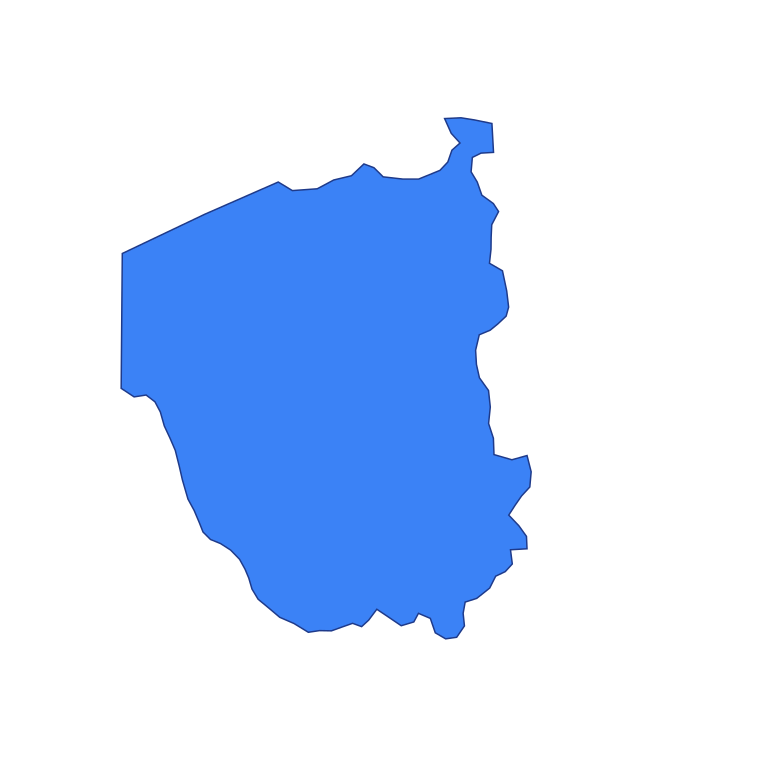 Pinhão, Sergipe, Brazil (Albers equal-area conic projection), rotated 237°
{"feature_id": "56859067B90079031840877", "entity_name": "Pinhão", "entity_type": "district", "adm_level": 2, "iso_a3": "BRA", "parent_name": "Brazil", "parent_adm1": "Sergipe", "projection": "albers", "projection_center": [-37.772, -10.576], "detail": "fine", "context": "isolated", "style": "filled", "palette": "blue", "viewbox_px": 768, "rotation_deg": 237, "n_neighbors": 0, "source": "geoboundaries", "source_scale": "gbopen_adm2", "svg_char_len": 1479}
<svg xmlns="http://www.w3.org/2000/svg" viewBox="0 0 768 768"><g transform="rotate(237 384 384)"><path d="M217.0,185.3L212.3,195.6L205.6,205.5L203.0,216.6L200.4,227.3L192.7,233.1L194.3,242.5L199.0,255.3L188.5,259.8L171.9,266.8L168.2,279.4L172.9,288.0L162.2,295.2L147.4,291.5L136.7,296.9L132.0,307.0L137.3,319.7L148.6,325.5L156.9,333.3L153.7,345.0L155.3,361.5L162.0,373.0L160.6,383.5L163.2,393.6L176.1,399.8L167.9,414.2L178.6,420.5L191.7,419.9L206.1,417.2L210.9,427.9L215.2,438.4L218.2,450.2L230.2,459.6L246.1,465.0L250.8,450.0L264.9,437.8L278.9,446.2L293.9,450.2L306.8,460.6L321.6,468.1L337.2,467.4L350.1,472.2L362.4,479.2L373.4,490.7L371.3,502.4L372.4,512.3L374.4,523.4L380.6,530.4L395.2,537.6L414.4,545.0L427.8,538.2L438.7,547.1L448.6,553.7L458.9,561.1L466.2,574.0L475.7,574.0L489.1,568.9L502.6,572.2L514.5,572.6L525.9,581.5L524.8,591.1L518.6,602.0L543.7,616.4L556.2,603.7L565.3,593.6L573.6,579.4L557.6,576.9L544.7,579.0L543.1,568.3L535.4,558.4L532.7,547.3L537.0,524.7L545.7,511.3L558.2,496.1L570.8,493.4L579.5,487.0L576.4,470.1L582.5,452.9L584.1,434.3L596.1,412.5L611.0,405.3L624.0,326.1L636.0,235.6L523.5,161.2L509.3,167.4L504.3,178.5L493.8,182.2L482.4,181.2L468.5,176.9L454.9,175.0L442.0,172.8L426.8,167.6L413.4,162.7L394.2,156.9L381.3,155.9L368.3,153.6L358.4,151.6L348.1,153.8L339.2,160.0L328.3,164.9L315.7,167.4L304.4,166.6L294.9,164.9L283.9,161.6L272.0,161.2L258.7,165.4L245.1,169.5L232.1,178.1L217.0,185.3Z" fill="#3b82f6" stroke="#1e3a8a" stroke-width="1.5"/></g></svg>